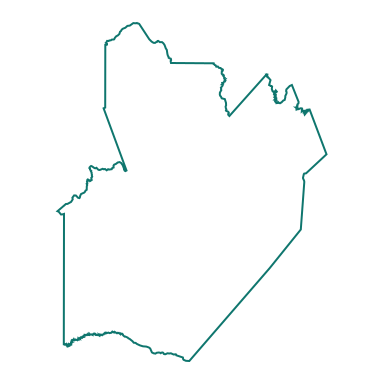 the district of Mitú, Vaupés, Colombia, rotated 180°
{"feature_id": "7082276B74847859536954", "entity_name": "Mitú", "entity_type": "district", "adm_level": 2, "iso_a3": "COL", "parent_name": "Colombia", "parent_adm1": "Vaupés", "projection": "mercator", "projection_center": [-70.077, 0.972], "detail": "fine", "context": "isolated", "style": "outline", "palette": "teal", "viewbox_px": 384, "rotation_deg": 180, "n_neighbors": 0, "source": "geoboundaries", "source_scale": "gbopen_adm2", "svg_char_len": 5931}
<svg xmlns="http://www.w3.org/2000/svg" viewBox="0 0 384 384"><g transform="rotate(180 192 192)"><path d="M278.7,339.1L278.8,276.4L280.4,275.7L257.5,213.5L258.6,212.9L259.3,213.3L260.0,214.6L260.0,215.3L261.2,218.6L262.9,221.1L264.4,221.9L266.3,221.5L267.9,220.2L269.9,219.3L270.5,218.3L270.4,216.5L271.7,216.0L272.3,214.8L275.1,214.4L275.9,214.8L277.3,213.7L279.0,215.0L280.1,214.7L281.3,215.2L284.0,214.1L284.9,214.0L286.1,214.6L287.5,216.2L288.6,215.7L289.5,215.9L291.9,217.6L292.9,218.0L293.4,217.7L294.5,216.5L294.6,215.8L294.0,215.3L294.0,214.4L292.8,213.1L293.1,212.7L292.3,211.2L292.4,210.3L292.0,209.1L292.2,208.2L291.8,207.4L292.1,206.8L292.7,206.2L292.4,204.6L292.7,204.7L292.9,203.7L293.4,203.6L293.6,203.1L294.0,202.9L294.3,203.5L296.2,204.6L296.6,204.3L296.8,203.5L296.4,202.8L297.0,202.4L296.7,201.1L297.2,200.4L296.8,200.1L297.1,199.5L296.8,198.9L297.2,197.9L297.3,194.2L298.5,193.4L298.9,192.4L299.8,191.4L302.9,190.0L303.7,188.5L304.2,186.4L304.6,185.9L305.9,186.2L308.1,188.5L309.9,188.6L311.6,186.3L311.3,184.6L312.9,182.1L316.5,180.1L318.1,180.0L326.5,172.8L325.3,172.3L323.0,169.5L321.6,169.6L320.0,170.1L320.2,38.8L319.9,39.7L319.4,39.4L318.9,40.0L318.5,39.9L317.9,39.1L317.5,39.7L316.8,38.1L316.3,38.8L316.3,38.1L316.0,37.6L314.5,38.2L314.2,38.4L314.2,39.3L313.7,39.3L314.2,39.9L312.7,39.8L312.6,40.4L313.4,40.3L313.0,40.8L313.0,41.4L312.5,41.6L312.9,41.7L312.4,43.3L311.8,42.8L311.5,43.2L311.7,43.4L311.5,44.0L310.9,43.8L310.5,44.4L310.4,43.9L310.1,44.1L309.8,43.9L309.6,44.4L309.0,44.6L308.6,44.5L308.2,44.0L307.5,44.2L306.6,43.8L306.3,44.4L305.7,44.3L305.7,44.9L305.4,44.7L305.4,45.4L305.1,45.1L304.7,45.5L304.3,45.3L304.5,45.8L303.6,46.4L303.4,45.9L302.9,46.8L302.3,46.7L302.4,46.1L302.0,46.1L301.9,46.7L301.3,46.8L301.7,47.0L301.6,47.3L301.1,47.4L300.6,48.0L300.0,47.8L299.5,48.4L299.2,48.4L299.3,48.8L298.8,48.8L298.9,49.1L298.3,49.0L297.6,49.3L297.0,49.0L296.4,49.7L296.4,49.1L295.2,49.0L294.6,49.2L294.5,49.6L294.2,49.1L293.1,49.7L291.6,49.1L291.7,49.6L291.1,49.7L290.9,49.5L290.3,50.2L289.9,50.0L290.0,50.4L289.7,50.5L289.3,50.4L289.2,49.9L288.7,50.0L288.3,49.2L287.9,49.3L287.8,49.0L286.1,48.9L285.9,49.3L285.2,48.8L285.3,49.4L284.8,49.0L284.3,49.5L283.9,49.1L283.5,49.3L283.8,48.9L283.5,48.7L282.9,49.4L281.8,48.8L280.7,49.8L280.3,49.7L280.0,50.2L279.5,50.3L279.6,50.7L278.8,51.4L278.5,51.4L278.6,51.0L277.9,51.0L277.8,50.7L275.6,51.4L274.6,50.9L272.8,51.2L271.7,52.4L270.8,51.7L270.1,52.0L270.1,51.7L269.5,51.8L269.2,51.5L268.8,51.8L267.0,50.7L266.3,51.2L265.5,50.9L265.1,51.1L263.5,49.7L263.1,50.5L262.6,50.1L261.8,50.2L261.5,49.6L261.1,49.5L260.9,48.7L259.4,47.4L258.8,47.5L256.3,46.4L255.7,45.7L254.4,45.1L251.4,42.7L250.3,41.3L248.4,41.1L247.2,40.1L244.0,38.6L241.1,37.7L237.6,37.4L235.1,36.5L233.8,35.5L232.1,31.6L230.4,30.7L228.5,30.4L227.4,31.2L225.3,31.5L224.0,31.3L223.3,30.8L222.4,31.4L221.3,31.5L220.7,31.1L220.2,30.1L219.3,29.8L218.5,29.8L216.6,30.7L214.6,30.5L213.1,30.7L210.4,29.5L208.3,29.7L207.9,29.5L207.7,28.7L201.1,26.5L200.8,24.7L200.4,24.2L198.1,23.2L194.7,23.0L114.3,115.9L83.2,154.5L79.7,202.1L79.9,203.3L80.9,205.5L81.0,206.2L80.2,209.8L79.8,210.4L77.9,210.7L57.5,229.7L74.4,274.5L76.1,274.3L75.5,273.6L76.1,272.9L76.6,273.3L77.3,273.0L77.4,271.9L77.9,272.0L78.3,272.7L79.0,272.4L79.0,272.0L78.3,271.4L78.2,270.7L79.3,269.4L79.4,269.7L78.9,270.6L79.3,271.0L80.3,271.2L80.1,272.2L80.4,272.6L79.9,273.1L80.9,272.9L80.9,273.3L81.4,273.4L82.2,272.7L82.1,274.0L81.8,275.0L82.1,275.6L83.5,275.7L85.3,274.9L86.3,274.7L87.0,274.8L87.5,274.5L87.6,275.3L87.3,275.8L87.8,276.2L86.9,276.1L87.4,277.3L87.2,277.6L86.6,277.3L86.8,278.5L86.5,278.7L86.6,279.6L85.6,280.5L85.4,282.1L92.1,299.0L94.3,298.0L97.6,294.6L97.9,292.9L97.4,291.9L97.5,290.5L98.7,288.0L98.7,286.6L99.3,284.1L100.8,283.4L102.6,281.5L103.1,281.4L103.8,280.8L104.7,280.9L105.5,281.6L105.5,281.1L106.4,281.0L106.0,281.5L106.4,281.7L107.2,281.1L107.7,281.1L108.8,282.4L108.2,283.0L108.7,283.2L109.0,284.1L109.4,284.2L108.9,284.6L108.8,285.2L108.5,285.0L108.2,285.4L107.7,285.1L107.7,285.7L108.4,285.8L108.8,285.6L109.6,286.7L109.2,286.9L108.8,287.6L108.6,287.1L108.2,286.9L108.3,287.8L109.0,287.9L109.0,288.7L108.3,288.6L108.2,289.0L109.2,289.2L109.5,288.9L110.1,289.8L109.9,290.4L108.2,291.3L107.2,292.3L108.1,293.4L108.4,292.4L109.7,292.7L110.6,292.1L111.4,292.7L112.2,295.0L111.9,297.5L112.5,298.0L113.5,298.0L114.0,298.6L114.9,299.0L113.5,303.9L115.2,306.0L116.5,306.8L117.7,308.3L117.8,308.8L116.7,308.2L117.0,308.8L116.7,309.5L117.4,309.7L154.6,268.0L155.8,269.3L155.8,270.1L155.2,270.8L155.3,271.6L156.2,272.5L157.8,273.1L158.1,273.6L157.6,274.6L158.2,276.0L158.4,277.5L157.9,278.6L158.0,281.1L159.2,284.9L162.3,285.7L163.1,287.5L163.9,288.3L164.2,289.5L164.1,291.4L162.7,293.9L163.0,294.8L162.8,295.5L163.1,296.3L161.7,297.9L161.2,299.0L161.1,299.8L161.8,299.8L161.5,300.1L161.7,300.9L161.0,300.8L161.1,301.2L160.5,301.3L159.8,302.5L159.1,302.6L159.2,303.4L158.9,303.5L159.3,303.9L158.9,304.5L159.3,304.4L159.3,304.9L159.8,305.6L159.4,306.3L159.8,306.5L160.3,307.7L160.7,308.1L160.2,308.7L160.8,309.4L161.7,309.5L162.3,310.3L162.2,312.8L161.6,312.9L161.2,313.4L161.1,314.4L161.6,314.8L162.5,314.9L163.4,316.0L165.0,316.1L166.2,317.5L167.7,317.3L168.3,318.6L169.3,319.0L169.7,319.7L170.4,320.0L170.4,320.7L213.0,321.0L213.4,323.0L212.9,323.8L213.0,324.9L213.3,325.4L214.6,325.7L215.4,326.3L215.4,327.2L216.1,328.2L216.6,330.0L217.2,334.1L218.2,335.6L219.4,338.9L220.6,340.7L222.0,341.9L224.2,341.9L225.8,343.1L226.5,343.0L227.0,342.1L228.0,341.8L229.0,341.1L230.5,341.2L232.4,342.4L234.7,344.7L244.8,360.1L245.6,360.5L246.9,360.7L247.1,361.0L248.5,360.7L250.7,360.9L254.2,358.4L256.6,358.1L258.6,356.3L261.3,355.2L262.3,354.3L263.0,353.0L264.0,352.2L264.6,350.1L266.1,348.6L267.8,347.7L269.1,346.2L269.8,344.7L270.4,344.5L272.2,344.4L273.1,343.7L274.8,343.5L275.3,343.0L276.9,343.1L277.5,341.8L278.1,341.2L277.0,340.2L277.0,339.4L277.7,339.1L278.7,339.1Z" fill="none" stroke="#0f766e" stroke-width="2"/></g></svg>